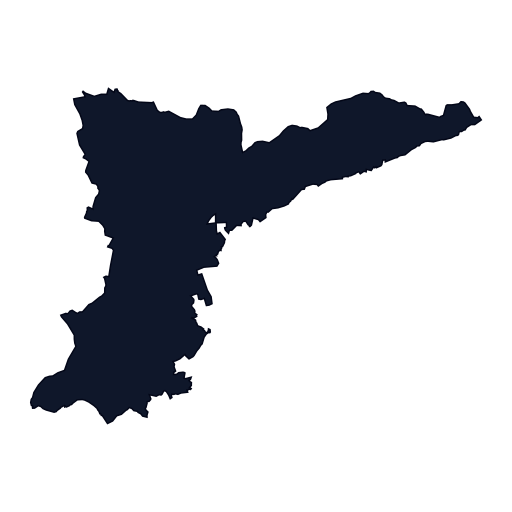 outline of Sieu, Bistrita-Nasaud, Romania
{"feature_id": "2599482B45546985901093", "entity_name": "Sieu", "entity_type": "district", "adm_level": 2, "iso_a3": "ROU", "parent_name": "Romania", "parent_adm1": "Bistrita-Nasaud", "projection": "orthographic", "projection_center": [24.629, 47.002], "detail": "fine", "context": "isolated", "style": "filled", "palette": "ink", "viewbox_px": 512, "rotation_deg": 0, "n_neighbors": 0, "source": "geoboundaries", "source_scale": "gbopen_adm2", "svg_char_len": 5993}
<svg xmlns="http://www.w3.org/2000/svg" viewBox="0 0 512 512"><path d="M481.3,119.9L479.1,116.6L477.9,117.7L473.7,117.3L470.3,111.4L469.5,109.3L464.9,103.0L463.4,102.0L461.0,101.7L459.0,103.8L451.8,104.9L447.2,104.9L446.2,105.6L443.5,115.4L440.6,116.5L439.6,117.4L428.0,114.3L426.3,114.2L425.8,114.8L424.3,113.5L424.0,112.5L421.3,109.1L419.9,108.9L415.0,106.1L407.1,105.6L405.8,103.0L404.4,102.2L398.8,103.1L394.1,100.5L391.1,99.8L389.6,98.8L385.4,98.2L383.5,96.9L382.0,94.9L379.8,93.2L375.1,92.5L373.5,91.3L371.0,91.5L370.0,92.7L368.5,93.7L363.0,93.3L355.6,95.9L351.0,98.4L335.5,102.0L331.2,104.0L326.9,107.5L328.0,114.1L327.7,119.6L318.3,127.9L310.0,130.7L307.8,128.6L301.8,127.4L300.0,127.7L296.9,126.1L292.1,125.4L288.2,126.7L283.4,131.0L279.5,135.7L269.3,142.8L262.6,141.3L257.5,141.7L255.0,142.7L251.8,146.4L248.9,148.0L245.9,150.9L242.6,152.5L240.9,144.8L241.0,142.3L241.6,140.2L241.5,133.3L242.1,129.9L241.7,127.1L240.4,123.6L238.5,116.1L237.1,114.3L236.2,112.2L233.7,109.9L227.9,109.0L221.1,109.8L218.7,111.4L211.9,111.1L209.1,108.2L205.1,105.5L200.8,105.4L198.8,108.7L196.3,115.1L192.4,119.1L186.3,119.1L180.3,117.6L168.7,111.3L164.7,112.4L163.7,111.9L161.7,112.5L159.8,112.4L157.2,110.3L153.4,102.1L151.7,102.7L138.5,102.1L133.6,100.5L132.8,100.4L132.6,100.9L130.0,100.7L129.5,101.1L127.5,100.5L120.8,93.6L118.1,91.8L118.0,90.8L117.2,90.4L117.3,89.5L117.0,89.0L115.1,89.3L114.0,92.4L108.5,88.5L106.8,94.3L101.1,94.3L94.3,96.4L85.5,93.2L83.1,91.3L82.6,92.0L84.5,95.0L85.1,96.8L73.7,98.9L74.8,104.6L79.9,113.8L82.2,120.3L83.2,125.5L82.6,128.6L77.8,131.5L77.0,133.4L79.6,145.0L85.1,154.1L84.9,155.0L83.6,156.5L83.3,157.7L85.9,158.9L89.1,161.4L85.8,170.5L85.7,172.1L88.2,175.1L92.0,183.0L96.3,184.1L97.4,185.6L98.0,186.6L97.9,188.2L99.1,189.8L99.4,190.9L98.7,194.1L95.7,197.6L93.1,206.4L93.0,209.2L88.5,207.1L87.2,207.9L87.4,210.4L86.7,211.4L86.5,213.1L84.6,217.3L84.8,218.2L91.5,220.7L98.8,221.2L102.8,225.2L104.9,228.7L104.7,231.2L105.3,235.1L113.3,238.0L108.8,246.0L108.2,245.7L107.7,246.9L112.1,248.3L113.5,250.2L110.6,265.2L108.8,276.7L106.0,276.2L103.8,277.3L104.6,278.4L106.0,284.8L105.8,286.1L104.8,287.9L104.7,293.0L101.7,296.1L99.6,297.2L92.2,303.2L88.9,304.6L82.5,311.9L79.5,312.0L77.8,313.4L75.8,312.7L72.2,310.3L70.0,311.1L68.3,313.3L67.1,313.8L65.9,313.4L60.8,315.2L61.5,316.8L67.6,323.9L74.3,335.1L74.3,339.1L74.8,343.1L75.9,346.4L68.4,359.2L64.5,370.4L57.9,372.8L52.8,376.0L49.5,376.3L45.2,377.7L38.5,385.0L33.9,392.5L32.6,397.6L31.3,399.3L30.7,402.5L31.4,405.4L32.6,405.7L32.9,406.2L32.4,406.7L32.6,408.2L34.6,408.1L38.2,405.7L40.7,406.4L43.1,408.6L46.2,410.0L54.1,412.2L56.2,411.6L57.0,410.5L60.4,408.1L60.8,407.3L64.5,405.4L64.9,405.6L64.8,406.9L65.5,406.6L66.4,407.0L69.3,405.7L70.0,404.9L71.6,404.5L73.0,403.0L77.3,399.8L82.3,399.5L84.6,400.0L88.8,402.0L94.0,405.6L97.1,408.4L97.7,409.8L99.0,411.4L99.9,413.8L100.8,414.0L101.3,415.4L102.3,415.5L107.5,423.5L112.6,421.0L116.7,415.8L121.4,414.3L125.9,410.3L127.3,409.6L129.2,407.5L131.9,408.5L133.8,410.6L137.3,411.3L138.1,412.4L140.8,413.8L142.6,416.1L147.0,417.2L147.0,415.0L147.9,412.0L146.0,410.1L145.3,408.8L145.3,408.1L145.9,407.7L147.1,403.1L146.9,402.2L147.4,401.5L149.0,401.4L150.6,399.6L150.8,398.8L149.3,394.7L156.2,396.2L159.0,394.7L161.1,395.0L162.1,394.1L163.5,391.3L164.9,390.6L166.5,391.7L168.8,395.3L170.2,398.7L171.9,397.5L171.4,395.9L171.7,394.2L173.8,394.4L175.4,393.8L177.9,394.3L181.0,393.0L187.7,392.2L187.0,390.1L187.8,390.1L188.7,389.2L190.5,389.5L191.2,388.6L189.5,387.4L191.3,385.6L191.4,382.5L189.7,381.5L189.0,380.3L190.4,379.5L191.2,377.2L185.5,378.7L184.0,378.1L184.9,373.1L184.8,372.7L183.1,372.2L178.7,372.7L176.5,374.4L173.6,374.5L173.7,372.1L174.3,372.1L175.6,371.1L174.0,366.8L174.5,364.3L172.9,361.5L175.5,360.9L179.9,358.8L185.0,354.4L185.8,355.9L189.0,358.9L192.9,356.7L194.0,355.5L196.8,350.8L199.1,348.1L200.7,345.3L202.1,343.9L204.1,337.2L206.3,334.0L208.4,332.6L209.8,332.7L210.3,332.0L210.0,329.6L208.5,328.9L208.4,330.1L207.7,332.0L206.7,332.6L205.5,332.4L204.5,330.7L203.0,329.8L203.6,329.0L201.0,327.0L198.1,326.0L197.4,325.2L196.7,323.1L196.0,322.5L195.5,320.0L191.5,318.1L191.9,317.5L193.7,318.1L196.7,316.4L196.3,315.2L196.8,314.7L194.8,313.1L194.6,312.5L194.9,311.3L194.4,309.8L191.5,306.3L191.8,304.5L193.5,302.9L193.9,300.3L193.7,299.3L190.6,295.9L196.3,293.8L197.8,294.3L198.8,299.1L200.9,299.5L204.3,298.4L206.4,305.5L209.1,305.1L212.0,303.7L211.1,296.7L207.3,290.1L201.7,273.9L197.9,275.1L196.7,270.2L203.8,267.2L216.9,266.1L218.6,263.3L217.3,259.9L216.1,258.1L214.3,256.7L215.8,255.5L216.6,255.7L216.4,254.5L217.6,254.1L218.4,251.4L220.0,250.3L221.0,250.5L221.0,249.2L221.6,248.1L221.3,246.7L222.5,246.6L224.4,242.7L224.6,240.7L225.2,239.4L219.9,232.5L217.2,234.0L216.4,230.9L216.1,222.9L207.1,224.0L208.5,220.9L211.1,217.3L213.0,215.5L215.6,213.8L215.6,222.2L217.4,222.8L226.4,222.4L226.6,227.2L224.7,227.7L224.8,228.5L225.4,230.1L228.5,233.3L229.4,230.3L231.9,230.2L236.6,225.4L241.1,225.6L241.0,224.2L243.1,221.5L245.8,221.1L248.1,224.7L249.2,225.4L249.5,226.5L250.0,226.5L251.4,225.1L253.0,218.0L258.5,219.6L260.1,221.6L265.9,217.6L265.6,214.6L266.8,212.0L268.2,212.1L272.1,208.6L278.0,207.8L284.2,205.9L288.4,203.9L288.9,202.5L290.6,201.1L291.9,198.6L292.7,199.3L301.5,189.5L304.3,189.2L305.3,186.5L312.8,184.1L317.2,184.5L318.3,186.0L322.0,183.4L324.8,182.2L326.3,180.9L330.7,179.7L342.4,178.7L342.5,177.2L345.5,176.5L348.0,176.7L347.9,176.2L350.8,175.7L355.5,173.6L355.5,173.2L358.7,171.6L360.3,173.8L363.9,171.3L366.2,171.8L366.3,169.4L371.2,170.5L373.7,166.9L374.8,167.8L375.9,166.8L376.5,167.7L380.9,165.8L381.8,164.6L382.7,160.2L385.2,159.9L385.3,161.9L394.9,158.0L397.4,157.5L398.5,156.3L400.6,155.5L405.0,154.8L411.4,149.6L415.6,147.4L416.8,146.0L419.4,145.7L420.9,143.5L425.1,141.5L427.7,141.2L433.4,141.8L441.9,139.6L443.7,139.8L451.0,138.0L455.6,135.6L457.7,135.3L458.5,134.5L459.0,132.2L459.7,131.5L461.6,131.5L463.7,130.1L465.1,129.9L466.6,127.4L470.9,124.6L474.7,124.6L481.3,119.9Z" fill="#0f172a" stroke="#020617" stroke-width="1.5"/></svg>